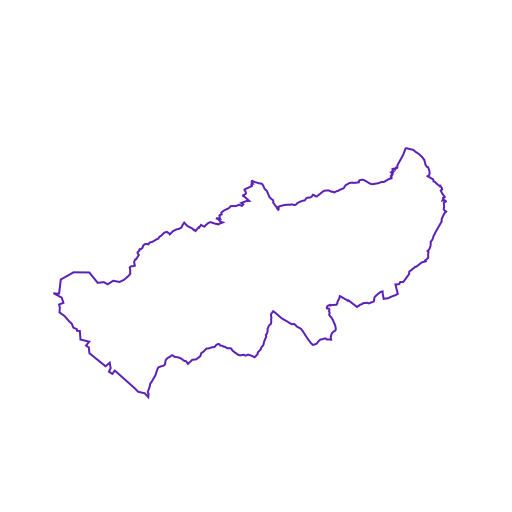 outline of Livezile, Alba, Romania, rotated 311°
{"feature_id": "2599482B33376796576250", "entity_name": "Livezile", "entity_type": "district", "adm_level": 2, "iso_a3": "ROU", "parent_name": "Romania", "parent_adm1": "Alba", "projection": "orthographic", "projection_center": [23.576, 46.381], "detail": "fine", "context": "isolated", "style": "outline", "palette": "violet", "viewbox_px": 512, "rotation_deg": 311, "n_neighbors": 0, "source": "geoboundaries", "source_scale": "gbopen_adm2", "svg_char_len": 6105}
<svg xmlns="http://www.w3.org/2000/svg" viewBox="0 0 512 512"><g transform="rotate(311 256 256)"><path d="M435.4,298.3L428.9,300.7L416.9,303.3L415.7,304.6L415.4,304.7L415.0,304.7L414.4,303.7L413.8,304.2L412.4,302.9L412.6,303.8L412.3,304.0L412.2,302.7L411.0,302.5L411.0,302.8L409.0,303.3L409.3,303.8L408.5,303.5L408.5,304.0L407.9,303.5L408.0,304.4L407.6,304.2L406.5,304.9L406.7,305.3L405.2,305.3L405.3,305.6L405.6,305.8L405.1,305.9L404.9,305.7L404.5,305.9L404.4,306.5L403.7,306.4L403.4,307.2L401.0,305.7L396.3,304.2L395.2,303.4L394.6,302.4L391.4,300.7L386.8,297.0L386.0,295.9L385.4,294.5L384.6,289.8L384.0,287.4L383.4,286.2L381.2,284.5L380.6,284.4L379.7,284.9L379.3,284.8L379.0,285.2L377.0,283.5L374.8,281.2L374.6,280.6L372.5,278.7L368.2,277.2L364.6,277.7L360.9,275.8L358.7,275.1L357.8,274.3L355.3,273.4L355.1,272.0L354.2,271.2L353.1,267.7L350.3,264.9L348.8,264.3L340.9,262.8L340.2,262.0L340.0,259.9L339.6,258.8L337.5,259.1L335.7,258.5L333.8,256.6L332.6,256.1L329.9,256.3L328.5,255.1L325.9,253.6L323.0,252.5L322.0,252.6L320.5,252.2L319.8,251.7L318.3,248.9L317.2,248.3L314.8,245.5L312.1,243.2L308.0,240.6L306.2,242.4L305.5,242.5L305.4,242.0L306.3,239.4L307.6,233.9L308.5,233.3L309.3,232.2L309.1,230.3L309.3,227.3L310.0,226.2L312.3,221.2L312.3,218.7L313.1,216.7L313.5,216.1L314.3,213.7L314.3,212.8L312.6,210.2L312.4,209.4L310.8,206.3L310.4,204.0L309.9,203.7L309.2,204.0L308.7,204.6L308.4,206.2L307.6,205.5L307.1,205.5L306.7,206.0L306.6,206.6L306.0,207.0L298.8,203.7L298.1,204.3L297.8,205.8L297.0,206.9L296.4,207.4L295.6,207.4L293.3,206.4L292.9,206.6L293.2,208.8L293.1,214.7L291.0,212.6L286.4,210.1L286.6,212.5L284.6,212.5L283.6,209.6L280.5,208.1L277.2,204.3L274.3,204.1L269.1,201.9L266.0,201.4L265.1,202.2L264.8,202.8L263.2,201.8L262.6,201.8L261.0,203.7L260.6,204.6L259.0,201.8L258.5,201.9L259.1,203.4L258.7,204.8L258.7,206.1L258.9,207.5L259.5,208.9L258.2,208.3L257.3,207.5L255.7,207.2L255.3,206.5L254.9,206.5L254.7,205.4L254.1,205.1L251.6,199.3L249.5,198.3L245.9,197.8L244.4,197.9L243.9,196.8L243.4,194.1L240.1,194.5L240.0,193.9L235.2,194.0L235.3,192.4L234.8,192.3L234.9,189.7L233.7,184.9L233.7,183.3L234.1,179.9L231.4,180.2L228.4,181.1L226.0,180.1L223.8,178.5L220.1,177.0L216.5,176.9L215.8,176.7L216.2,176.1L215.8,174.8L215.9,173.8L215.7,172.8L213.2,171.4L209.6,171.2L207.4,170.6L206.0,170.6L205.1,170.9L203.6,170.1L198.9,168.6L196.3,166.9L194.1,167.1L193.4,165.5L192.4,164.6L191.4,164.2L189.5,164.1L187.7,165.0L185.8,164.6L184.8,163.7L184.1,163.8L183.5,164.5L181.1,164.2L180.5,164.7L179.9,166.9L175.1,167.6L174.3,167.1L172.0,167.7L171.2,168.3L169.2,170.9L168.2,170.3L166.0,168.4L164.5,168.2L162.9,170.3L161.4,171.4L160.3,172.7L157.5,172.9L151.4,172.0L146.8,170.0L143.7,164.5L137.3,162.6L136.5,158.4L131.9,154.1L134.2,141.0L124.0,129.0L110.2,124.1L98.5,132.0L96.8,130.3L95.1,127.5L97.1,136.7L94.3,141.4L90.2,139.2L88.4,141.8L84.5,144.7L85.1,151.0L84.1,157.8L84.1,161.2L82.1,165.1L83.2,168.8L82.2,170.0L83.8,172.3L77.8,178.3L81.9,186.3L76.9,186.5L77.3,189.8L73.3,194.1L74.1,214.8L79.5,215.6L76.0,219.9L72.2,220.9L72.8,224.9L76.9,224.6L76.6,251.5L76.2,256.1L79.4,262.1L78.8,267.3L81.5,265.4L81.9,264.3L82.4,263.5L88.1,261.3L90.1,260.0L92.8,259.7L99.8,258.4L106.1,255.8L107.9,255.4L110.2,256.6L112.6,258.2L114.3,258.5L118.0,256.2L120.5,256.1L124.1,257.3L125.6,257.5L126.3,258.1L126.5,260.7L128.3,263.5L129.4,266.2L129.8,270.8L130.6,271.9L130.7,272.5L129.9,275.4L135.8,276.0L138.7,278.6L143.7,279.7L146.9,278.4L149.3,279.1L153.6,279.3L155.3,281.0L158.6,282.9L159.7,284.1L160.4,284.4L163.2,284.4L164.9,285.3L165.3,286.0L165.0,287.7L166.2,289.7L166.1,290.4L167.2,292.4L167.4,294.4L167.7,295.1L169.8,297.5L169.8,298.5L169.3,299.6L169.2,300.7L169.3,303.7L169.6,304.8L169.5,305.7L169.8,307.8L170.7,309.3L173.6,311.7L173.6,312.5L173.9,313.5L176.4,314.7L177.7,317.9L178.7,321.4L183.0,321.6L184.4,320.6L188.3,320.9L190.5,320.0L193.5,320.0L197.4,318.0L201.6,316.7L202.1,316.3L202.9,315.2L204.4,315.2L206.8,314.2L208.6,312.5L212.3,311.4L214.2,311.8L215.5,311.2L216.7,310.4L217.9,309.1L219.7,308.1L219.9,307.5L221.9,305.5L225.6,305.2L225.8,307.6L225.8,314.6L226.0,317.4L227.2,323.1L227.5,325.6L228.0,327.8L229.8,329.4L229.6,333.6L230.6,337.7L229.6,341.8L227.5,349.1L226.3,354.5L226.2,357.3L228.9,359.0L229.9,359.3L232.1,359.1L235.2,359.4L237.0,361.0L238.4,361.6L239.2,362.3L239.5,363.2L239.4,364.1L240.9,365.8L242.1,367.6L243.6,365.8L246.4,364.3L247.4,364.0L249.6,364.1L251.7,364.8L253.2,364.2L254.9,362.2L256.2,360.2L256.7,358.7L258.0,356.4L259.1,353.0L259.3,350.7L259.7,349.7L261.3,349.0L262.2,347.4L263.6,346.7L264.1,345.5L263.0,343.9L263.6,343.2L265.4,342.8L267.7,343.9L267.5,344.7L269.0,345.6L272.0,348.7L273.5,348.5L275.0,347.5L279.1,346.5L280.7,345.6L281.1,346.7L282.0,352.0L282.3,352.5L282.5,354.9L283.2,354.9L283.8,365.7L285.3,365.9L285.8,366.3L287.4,366.4L289.3,367.6L290.7,367.8L293.6,370.6L294.2,372.2L298.6,374.6L299.9,374.4L301.5,373.0L303.2,372.5L306.5,372.8L310.7,373.6L312.3,374.8L311.2,375.7L307.4,380.5L309.1,381.8L310.2,383.0L311.1,383.6L313.3,384.4L317.9,386.9L320.4,387.9L326.0,379.9L328.0,382.0L328.9,382.5L330.9,381.9L332.7,384.0L333.5,384.2L342.8,383.4L344.5,382.1L345.2,381.9L347.6,382.6L349.4,382.7L350.9,383.2L352.3,383.2L353.1,384.0L359.9,385.3L363.4,387.6L363.7,386.6L367.2,387.2L368.3,386.6L369.9,385.0L372.0,383.7L372.4,383.1L372.1,382.9L372.2,382.2L373.9,382.4L375.7,382.1L378.3,381.0L380.4,379.4L381.2,378.5L384.1,378.4L388.2,376.7L389.7,376.5L391.0,376.0L404.1,373.4L404.7,372.6L406.0,371.8L409.3,370.8L412.1,370.2L414.3,370.4L414.3,369.9L413.9,369.2L414.4,367.1L415.5,366.2L416.6,365.7L419.1,363.0L419.7,363.0L421.3,363.5L421.9,363.3L422.0,362.5L421.2,361.5L421.5,361.1L420.3,360.3L422.4,359.7L422.7,359.1L424.4,359.8L425.4,355.3L426.7,352.4L428.4,352.8L429.3,351.6L429.5,350.3L429.2,349.4L430.0,348.9L429.2,348.0L429.1,344.5L429.4,342.8L428.8,341.0L430.1,339.4L429.3,335.9L429.3,334.8L428.8,333.9L428.8,333.1L430.2,333.7L430.8,333.6L432.5,332.6L434.0,331.0L435.9,327.7L435.4,326.3L436.1,324.0L438.2,321.2L438.4,320.5L439.1,319.8L439.0,319.3L439.7,316.5L439.8,313.9L439.8,311.4L439.3,308.1L439.3,305.1L436.0,298.8L435.4,298.3Z" fill="none" stroke="#5b21b6" stroke-width="2"/></g></svg>